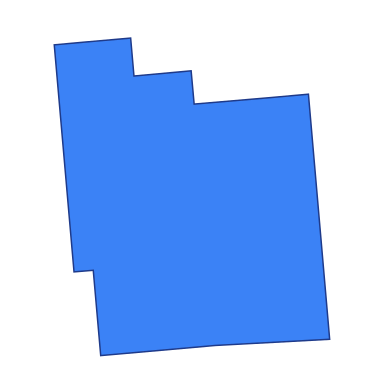 Latimer, Oklahoma, United States of America, rotated 265°
{"feature_id": "52423323B76239020598074", "entity_name": "Latimer", "entity_type": "district", "adm_level": 2, "iso_a3": "USA", "parent_name": "United States of America", "parent_adm1": "Oklahoma", "projection": "mercator", "projection_center": [-95.16, 34.87], "detail": "fine", "context": "isolated", "style": "filled", "palette": "blue", "viewbox_px": 384, "rotation_deg": 265, "n_neighbors": 0, "source": "geoboundaries", "source_scale": "gbopen_adm2", "svg_char_len": 331}
<svg xmlns="http://www.w3.org/2000/svg" viewBox="0 0 384 384"><g transform="rotate(265 192 192)"><path d="M279.3,316.5L279.2,278.2L279.4,201.8L312.8,201.7L312.6,144.3L350.7,144.3L350.7,97.2L350.6,67.6L122.7,67.5L122.6,86.8L37.0,86.8L37.1,201.8L33.3,316.3L279.3,316.5Z" fill="#3b82f6" stroke="#1e3a8a" stroke-width="1.5"/></g></svg>